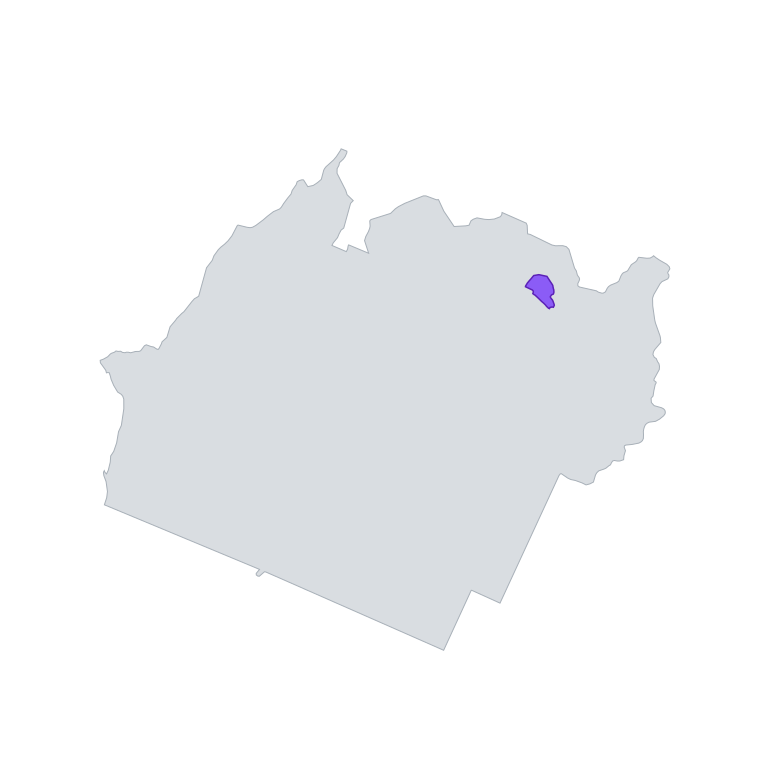 Abu Jabrah, Eastern Darfur, Sudan (highlighted), rotated 204°
{"feature_id": "16777658B57508233382932", "entity_name": "Abu Jabrah", "entity_type": "district", "adm_level": 2, "iso_a3": "SDN", "parent_name": "Sudan", "parent_adm1": "Eastern Darfur", "projection": "orthographic", "projection_center": [26.739, 10.949], "detail": "fine", "context": "in_parent", "style": "filled", "palette": "violet", "viewbox_px": 768, "rotation_deg": 204, "n_neighbors": 0, "source": "geoboundaries", "source_scale": "gbopen_adm2", "svg_char_len": 4733}
<svg xmlns="http://www.w3.org/2000/svg" viewBox="0 0 768 768"><g transform="rotate(204 384 384)"><path d="M518.8,581.4L512.6,581.6L512.0,580.1L512.0,576.0L512.6,573.0L514.7,568.1L514.1,565.4L514.4,561.6L512.6,557.4L497.7,545.3L494.7,541.9L486.7,539.0L488.0,535.4L484.2,510.1L485.8,507.1L486.1,502.7L486.0,498.8L487.8,492.2L487.9,489.4L472.3,489.6L472.1,492.4L472.9,495.5L472.9,496.7L451.2,497.2L460.1,507.1L460.6,511.4L460.2,516.9L460.4,520.4L460.9,522.6L463.3,527.1L463.2,527.9L462.7,529.0L447.4,542.5L444.9,548.7L442.9,552.0L438.5,557.5L424.5,571.9L422.2,572.9L411.4,573.6L410.3,573.9L409.5,574.6L409.0,574.4L399.6,566.2L384.0,556.4L373.7,561.7L370.9,563.6L370.9,568.5L369.4,570.9L366.6,573.6L359.0,575.4L355.0,576.9L350.3,579.6L345.7,584.2L345.3,586.6L345.9,588.7L319.5,588.8L317.7,587.1L313.9,579.6L311.2,580.1L287.1,579.3L283.7,580.0L276.8,583.1L273.3,583.6L269.8,582.2L257.1,567.4L254.4,565.6L251.6,562.1L248.9,560.5L248.0,559.4L247.7,557.8L247.8,554.6L246.9,552.6L244.9,552.1L227.9,555.5L225.5,555.1L221.9,555.6L220.7,556.2L219.2,558.2L219.0,562.2L218.5,564.3L217.2,566.5L212.4,571.5L211.3,573.6L211.5,579.2L211.1,582.0L210.4,583.2L208.3,585.4L207.5,586.6L206.6,593.6L203.9,597.9L203.3,599.4L203.1,602.5L202.7,603.4L195.0,605.8L192.1,607.3L190.3,609.7L189.9,610.8L186.6,609.9L182.4,609.2L174.4,608.4L171.2,607.2L169.7,605.5L170.2,601.2L169.4,600.3L168.1,599.5L167.3,597.7L167.5,595.5L171.7,590.6L172.6,587.9L173.9,575.5L173.6,571.7L170.3,564.7L162.7,552.6L160.9,550.2L151.4,540.2L150.3,538.7L148.0,534.5L150.7,525.4L150.9,522.9L150.3,520.3L147.9,518.3L145.7,518.0L142.9,515.5L141.1,514.4L139.5,512.2L138.4,509.2L139.3,498.4L138.8,497.0L136.4,496.5L135.8,495.8L136.0,493.7L134.7,487.5L133.3,482.4L134.2,479.6L132.2,475.8L128.4,474.1L120.7,475.2L118.4,475.0L116.7,474.2L115.6,472.8L115.1,471.1L115.6,468.7L117.9,464.1L120.7,460.4L126.2,457.0L127.7,455.2L128.6,453.2L128.7,450.9L128.4,448.5L127.8,446.2L126.3,443.2L124.9,439.7L124.9,437.4L125.6,435.7L127.1,433.7L132.6,429.8L138.2,426.6L139.2,425.4L138.9,424.0L136.3,421.3L135.6,416.0L134.3,412.3L137.2,409.6L139.3,408.6L142.5,407.8L143.8,406.7L144.2,404.5L144.2,402.3L145.3,400.8L147.0,397.4L148.3,395.9L152.5,392.0L153.5,389.5L153.8,387.0L152.8,379.6L155.3,376.5L158.4,374.0L162.9,374.2L169.9,373.7L174.6,372.7L178.0,372.8L185.6,374.2L186.4,373.6L186.9,371.7L188.9,231.0L220.0,231.2L220.4,231.0L221.2,165.0L415.3,164.2L416.8,163.9L419.7,157.7L421.0,157.2L423.0,157.6L423.7,159.0L422.3,164.0L590.3,159.9L591.1,167.4L592.9,173.3L598.2,181.8L602.6,186.3L604.2,188.8L604.4,189.9L604.3,191.1L603.0,189.8L600.9,189.0L600.8,193.1L602.3,201.3L604.4,207.1L603.5,212.5L604.3,221.5L607.1,232.4L607.1,239.4L611.6,255.5L615.6,264.4L617.7,266.6L619.8,267.7L624.0,268.3L630.3,272.7L635.3,277.4L637.2,279.9L639.7,282.6L641.2,282.0L642.1,281.3L643.8,283.4L651.7,288.0L652.9,290.2L650.4,292.6L647.5,296.5L646.2,300.1L645.4,301.3L643.0,303.6L642.7,304.7L641.6,305.4L640.4,305.5L637.9,306.8L635.6,306.5L633.2,307.3L632.4,308.2L630.6,309.0L628.1,309.5L624.3,312.6L620.9,314.2L619.8,315.5L618.4,321.5L617.1,323.1L612.0,323.5L609.5,324.1L606.1,323.5L604.4,323.7L604.0,325.0L603.7,330.1L603.9,332.3L601.3,338.3L602.7,349.3L600.3,357.6L600.0,359.5L597.5,366.1L596.2,368.6L593.1,380.9L591.9,384.7L589.0,388.8L593.4,418.0L591.2,427.1L591.5,432.0L590.0,439.3L588.7,442.7L586.5,446.9L584.7,451.4L583.2,457.5L582.5,468.8L582.0,469.8L572.7,471.5L569.8,472.4L567.9,473.7L565.6,476.7L561.1,484.8L558.8,489.7L555.1,496.5L550.6,501.4L549.7,503.7L549.1,508.0L547.6,514.8L546.2,519.7L546.6,523.5L545.3,530.3L545.6,533.5L544.1,535.4L542.0,537.2L540.5,537.7L533.9,533.3L529.4,536.6L526.6,541.0L524.5,545.4L526.0,554.7L525.9,556.7L525.3,559.0L521.2,568.2L520.0,572.4L518.8,579.7L518.8,581.4Z" fill="#d9dde1" stroke="#a8b0b8" stroke-width="1"/><path d="M260.5,523.0L260.5,523.6L260.5,523.9L260.4,524.4L260.5,525.3L261.2,526.2L263.5,528.6L264.5,529.4L264.8,529.5L265.4,529.8L265.5,529.8L265.7,530.0L266.5,530.4L267.1,530.8L267.3,531.0L267.5,531.2L267.6,531.5L267.5,532.1L267.3,532.7L267.3,533.2L267.2,533.6L266.5,534.3L266.4,534.4L265.9,535.0L265.9,535.6L266.1,536.9L266.4,537.5L266.8,538.3L267.2,539.1L267.9,539.8L268.5,540.7L268.7,540.9L270.0,542.8L271.6,543.9L273.7,545.2L278.9,548.6L280.8,548.2L285.5,547.2L286.0,547.1L287.1,546.8L289.5,545.2L291.3,544.0L291.8,542.4L292.4,540.2L293.3,537.4L294.1,534.5L294.5,531.0L294.4,530.9L294.4,530.7L294.3,530.4L286.7,530.2L285.7,529.8L285.0,528.8L284.8,527.1L283.2,526.7L282.0,526.6L281.0,526.2L280.6,526.1L277.5,525.0L273.5,523.5L272.1,523.1L270.8,522.7L269.8,522.3L268.9,522.0L267.9,521.5L267.6,521.3L266.7,520.9L266.1,520.7L265.3,520.4L264.4,520.1L264.2,520.2L263.5,520.2L263.5,521.4L261.8,522.7L260.5,523.0Z" fill="#8b5cf6" stroke="#5b21b6" stroke-width="1.5"/></g></svg>